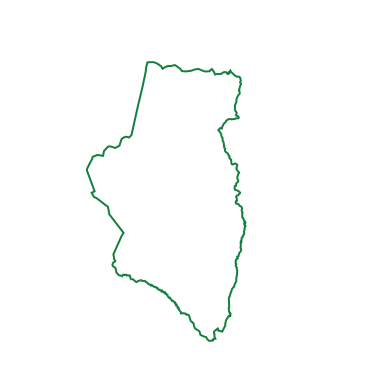 outline of Ulma, Suceava, Romania, rotated 321°
{"feature_id": "2599482B36214324611415", "entity_name": "Ulma", "entity_type": "district", "adm_level": 2, "iso_a3": "ROU", "parent_name": "Romania", "parent_adm1": "Suceava", "projection": "albers", "projection_center": [25.264, 47.853], "detail": "fine", "context": "isolated", "style": "outline", "palette": "green", "viewbox_px": 384, "rotation_deg": 321, "n_neighbors": 0, "source": "geoboundaries", "source_scale": "gbopen_adm2", "svg_char_len": 6033}
<svg xmlns="http://www.w3.org/2000/svg" viewBox="0 0 384 384"><g transform="rotate(321 192 192)"><path d="M239.0,63.2L234.3,66.6L232.2,69.0L219.9,79.0L203.9,91.3L180.9,109.6L177.5,110.1L175.4,107.4L172.9,106.6L170.5,106.6L164.6,110.4L160.0,109.4L157.3,105.2L155.5,103.9L149.5,104.7L145.6,107.9L141.8,103.7L137.0,102.1L135.6,103.3L130.3,105.5L124.8,108.1L123.8,109.4L116.8,130.1L113.5,129.5L112.7,134.1L114.0,136.8L117.3,150.7L113.7,157.3L113.1,180.7L109.6,181.9L91.6,191.0L90.7,192.9L89.3,194.9L89.1,197.0L88.9,197.4L88.4,197.6L86.7,197.3L86.0,197.4L84.6,198.3L84.1,198.9L83.9,199.8L84.6,202.4L84.6,203.0L83.6,205.3L82.6,206.8L82.6,207.3L82.9,210.8L83.2,211.3L84.5,212.7L84.8,213.5L86.4,213.0L86.7,213.1L87.0,213.3L87.5,214.3L88.8,214.8L88.8,215.2L88.5,215.4L88.6,215.6L89.3,216.0L90.3,217.0L90.5,217.5L91.1,217.7L91.1,218.1L90.4,219.3L89.7,221.0L90.0,221.7L90.9,222.4L91.3,223.0L91.7,226.0L92.2,227.1L94.2,227.3L96.9,228.4L97.2,229.5L99.5,231.6L99.6,232.2L99.4,232.6L99.5,233.0L100.1,234.1L100.2,234.7L100.1,235.3L100.5,236.6L100.9,237.0L100.9,237.6L101.4,238.2L101.3,239.0L101.7,239.1L102.2,238.9L102.3,239.1L102.3,240.1L102.6,240.5L102.6,241.3L103.4,242.5L104.0,243.0L103.9,243.8L104.3,244.5L104.7,244.7L104.4,245.5L104.7,246.8L104.8,247.3L105.4,247.5L105.4,248.3L105.8,248.8L105.7,249.6L106.2,249.3L106.7,249.5L106.7,249.9L106.9,250.3L106.6,252.1L106.7,252.4L106.9,252.5L107.5,252.4L107.9,252.7L107.9,252.9L107.2,253.1L107.4,253.6L107.4,254.4L107.9,254.5L107.7,255.5L108.3,256.3L107.6,257.1L107.6,257.9L107.5,258.3L107.8,258.8L107.6,259.9L108.4,260.5L108.0,261.6L108.2,262.4L108.2,262.8L107.9,263.6L108.2,263.7L108.7,264.3L108.8,264.9L108.6,265.4L108.9,265.6L109.1,266.7L109.5,267.3L109.4,267.5L108.8,267.7L109.0,268.6L108.5,269.0L108.8,269.8L108.6,270.0L109.0,270.1L108.5,271.2L108.7,272.1L108.3,272.5L108.2,272.7L108.6,273.2L108.0,273.5L108.3,273.8L108.3,274.2L107.7,275.6L107.8,276.0L107.8,278.0L107.6,278.7L107.1,279.0L107.0,279.4L107.8,279.7L108.1,280.3L109.1,280.8L110.5,282.6L110.2,283.1L110.2,283.4L110.4,283.7L111.0,283.9L112.0,285.5L111.7,286.4L111.6,287.3L110.7,289.0L109.9,291.5L109.9,292.2L110.3,292.9L110.1,293.9L110.6,295.0L110.5,295.3L109.7,296.5L108.5,299.3L108.7,300.8L109.7,303.4L110.0,304.8L109.8,305.9L108.8,307.9L108.7,308.3L109.6,310.5L110.0,311.0L110.4,312.0L111.5,313.4L111.6,314.0L111.3,315.9L111.4,317.7L111.9,318.7L114.8,320.6L115.1,320.5L115.1,319.9L115.7,319.7L116.4,319.9L117.8,320.8L118.1,319.9L118.2,318.9L120.2,316.3L120.1,316.1L120.3,315.4L120.9,314.6L121.8,314.3L126.2,314.3L126.0,315.1L125.2,316.2L127.7,319.5L132.8,317.1L133.7,316.9L134.8,315.4L135.5,315.0L135.8,314.6L137.7,313.1L141.7,311.7L142.0,311.7L143.2,312.3L143.3,311.9L143.6,312.2L143.8,311.8L144.1,311.9L144.2,311.3L145.1,311.0L145.0,310.6L145.3,310.5L145.3,310.1L145.5,310.0L145.6,309.1L145.4,308.7L145.5,308.6L145.7,307.8L146.2,307.4L147.0,306.2L147.4,305.3L148.6,304.7L153.7,297.8L154.8,297.1L156.0,296.7L156.7,295.8L157.8,295.4L159.1,294.3L160.0,294.0L161.8,292.7L163.9,292.1L165.2,292.1L166.1,291.2L170.4,289.0L171.5,287.7L172.2,286.7L174.6,284.9L177.8,281.5L178.0,280.7L178.4,280.2L178.4,279.8L179.2,279.0L179.3,278.2L179.7,276.6L180.1,276.2L181.0,276.0L181.2,275.5L181.2,274.6L182.0,273.9L182.4,273.1L182.9,272.9L183.8,272.2L184.3,272.5L185.0,272.2L185.8,272.3L185.9,271.4L186.4,270.7L187.1,271.2L187.6,271.2L189.7,269.6L190.6,269.1L192.7,268.7L194.1,267.6L194.5,266.1L197.5,262.8L197.9,261.9L199.0,262.0L199.0,261.1L199.1,260.9L199.9,260.8L200.5,260.3L201.5,259.0L202.2,258.8L203.0,259.0L203.3,258.8L203.7,258.2L204.4,257.8L205.7,257.8L207.0,256.3L207.6,255.3L209.0,254.6L209.3,254.1L209.8,253.8L210.1,253.0L211.6,252.1L212.1,252.2L212.2,251.8L212.2,251.2L212.1,250.6L213.1,250.1L212.7,249.4L213.1,249.1L214.0,249.2L213.8,248.7L213.8,248.2L214.6,248.0L214.5,247.0L214.8,245.9L215.1,245.5L215.0,244.4L215.4,244.0L215.3,243.3L215.4,242.9L216.3,241.7L217.0,241.3L217.4,240.5L218.4,239.8L218.3,239.0L218.7,238.1L219.4,237.2L220.6,236.2L220.9,235.5L221.1,234.2L220.5,233.3L220.4,232.6L220.5,231.2L220.2,230.5L220.1,229.9L219.2,229.1L219.0,228.7L219.2,227.9L220.2,226.8L221.5,227.1L222.7,225.1L223.1,223.6L224.9,223.0L225.9,223.7L227.1,223.2L228.6,223.1L229.0,222.8L228.8,221.2L228.4,219.8L227.1,217.8L226.9,217.1L227.0,216.4L228.9,214.4L229.3,214.3L230.2,214.8L231.7,213.2L234.3,212.9L235.0,212.5L235.8,210.1L236.8,208.6L237.4,208.4L239.4,207.0L240.7,206.8L240.9,206.0L240.7,204.4L241.0,202.1L241.2,201.8L241.6,201.7L242.1,200.8L243.3,200.4L244.2,199.3L244.2,198.4L243.9,197.7L243.3,196.9L240.9,196.2L240.6,195.8L240.5,195.3L240.7,194.5L242.7,191.5L242.5,190.0L242.5,188.9L243.6,188.0L243.7,187.6L243.4,186.6L243.9,185.6L244.1,184.5L243.5,182.4L243.4,181.5L243.5,180.8L245.0,179.3L244.8,178.6L245.1,177.6L245.5,176.9L246.1,176.6L246.0,176.1L246.4,175.6L247.7,173.4L248.0,172.7L248.0,171.6L249.9,168.9L249.8,167.9L250.0,167.2L251.1,165.4L251.5,162.4L251.4,160.5L254.0,160.1L254.6,160.4L254.7,161.0L255.2,161.5L256.3,160.5L259.4,159.1L260.8,158.8L262.1,158.9L263.6,158.1L264.4,158.3L265.7,158.2L267.7,159.4L268.7,160.6L271.7,162.4L272.9,162.6L274.1,163.7L275.1,163.7L275.4,163.0L275.4,162.3L274.5,160.3L274.5,159.9L276.5,158.7L276.8,157.3L276.8,156.1L277.0,155.5L277.8,154.2L279.9,151.7L283.0,150.0L285.3,147.6L288.6,146.0L290.9,145.6L292.4,143.5L292.2,143.0L292.7,142.3L295.0,140.8L295.4,140.4L298.0,138.9L298.2,138.7L298.2,137.3L298.6,136.9L300.1,136.1L300.5,135.4L300.8,134.4L301.3,133.6L301.4,132.9L301.1,132.0L300.1,131.3L299.0,129.7L298.6,128.5L297.9,123.1L298.3,121.8L296.0,122.1L296.1,123.0L294.9,123.2L294.1,123.0L293.8,121.5L294.1,120.7L292.7,119.2L291.7,118.8L289.0,118.5L287.8,117.9L286.2,116.4L283.8,115.1L284.4,113.5L284.7,112.1L284.8,108.9L282.9,108.9L281.9,109.2L280.5,108.5L277.7,106.2L275.9,103.2L275.0,101.2L273.8,100.0L271.2,98.5L267.6,97.2L263.2,94.5L261.2,92.6L260.3,91.7L260.4,89.0L258.8,83.0L258.4,82.5L254.7,80.7L252.9,79.1L249.2,77.9L246.7,77.7L246.7,76.9L247.2,74.9L247.2,74.5L246.7,73.4L246.0,70.8L244.6,68.1L243.9,67.0L243.4,66.5L239.0,63.2Z" fill="none" stroke="#15803d" stroke-width="2"/></g></svg>